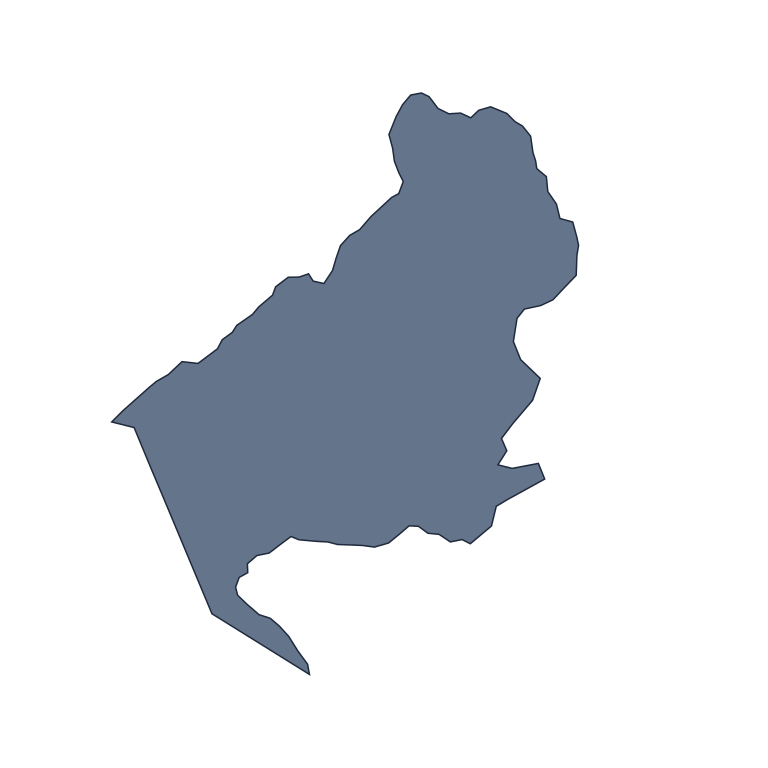 Poção, Pernambuco, Brazil, rotated 130°
{"feature_id": "56859067B37622328972357", "entity_name": "Poção", "entity_type": "district", "adm_level": 2, "iso_a3": "BRA", "parent_name": "Brazil", "parent_adm1": "Pernambuco", "projection": "orthographic", "projection_center": [-36.718, -8.218], "detail": "fine", "context": "isolated", "style": "filled", "palette": "slate", "viewbox_px": 768, "rotation_deg": 130, "n_neighbors": 0, "source": "geoboundaries", "source_scale": "gbopen_adm2", "svg_char_len": 1583}
<svg xmlns="http://www.w3.org/2000/svg" viewBox="0 0 768 768"><g transform="rotate(130 384 384)"><path d="M177.2,306.6L161.6,318.8L152.7,324.1L147.6,330.6L138.6,343.5L144.1,355.6L135.3,367.6L131.3,382.2L120.8,392.9L120.8,405.4L115.6,411.3L111.0,418.6L99.9,431.0L97.4,443.6L98.8,452.3L97.8,463.8L103.1,480.5L113.5,487.4L124.3,488.6L127.2,499.4L135.3,508.0L138.2,519.7L134.9,534.2L137.0,542.4L145.5,549.3L158.2,549.3L171.3,546.6L189.7,540.6L197.8,529.0L206.7,519.2L212.7,508.3L216.5,499.4L228.7,495.1L236.3,498.1L264.0,501.6L281.5,501.9L292.1,505.8L306.0,506.3L318.3,501.6L330.2,496.4L345.6,494.6L350.7,504.4L348.1,512.6L356.7,517.8L363.8,526.0L379.2,529.5L387.6,526.5L405.5,529.5L415.3,529.5L433.8,534.5L441.9,533.4L454.0,536.4L464.1,534.2L476.5,537.1L487.8,539.7L496.7,553.1L515.4,555.3L528.2,560.0L536.8,561.6L572.0,566.8L588.1,568.2L578.0,547.4L598.7,507.6L613.1,479.5L670.6,368.1L654.4,254.4L647.8,262.4L643.9,278.3L638.6,294.7L636.7,308.4L636.6,320.5L641.0,331.5L640.8,347.4L639.9,360.3L635.0,367.1L625.2,370.6L616.1,367.1L609.5,373.1L597.1,371.1L587.3,363.3L573.7,360.3L560.6,357.2L558.0,349.0L547.9,334.5L541.1,325.5L536.8,316.4L526.5,303.2L521.6,296.8L515.1,286.5L502.9,278.3L488.8,275.6L476.5,273.6L470.9,266.2L470.1,254.4L463.8,245.2L462.3,231.6L453.0,224.2L450.9,215.2L423.7,210.4L405.5,219.4L393.3,215.2L353.5,199.8L345.6,214.7L366.3,231.6L372.7,244.8L356.2,247.0L350.2,259.0L332.0,259.9L301.0,259.7L279.3,267.9L277.5,295.0L268.3,312.2L248.2,324.3L236.3,324.6L223.2,314.4L210.8,308.7L196.1,307.9L177.2,306.6Z" fill="#64748b" stroke="#1e293b" stroke-width="1.5"/></g></svg>